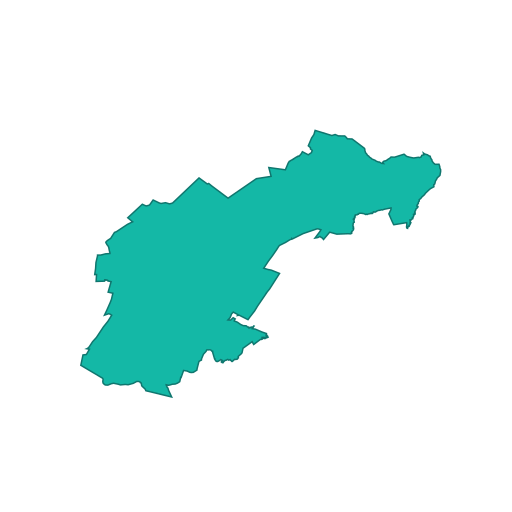 Raucesti, Neamt, Romania, rotated 156°
{"feature_id": "2599482B39967061360083", "entity_name": "Raucesti", "entity_type": "district", "adm_level": 2, "iso_a3": "ROU", "parent_name": "Romania", "parent_adm1": "Neamt", "projection": "robinson", "projection_center": [26.386, 47.259], "detail": "fine", "context": "isolated", "style": "filled", "palette": "teal", "viewbox_px": 512, "rotation_deg": 156, "n_neighbors": 0, "source": "geoboundaries", "source_scale": "gbopen_adm2", "svg_char_len": 6091}
<svg xmlns="http://www.w3.org/2000/svg" viewBox="0 0 512 512"><g transform="rotate(156 256 256)"><path d="M51.5,265.4L55.1,266.9L56.1,269.0L56.5,271.1L56.2,272.4L56.6,274.2L56.3,276.3L57.2,277.1L58.2,278.7L60.5,280.7L61.2,282.0L61.5,280.2L63.7,280.5L64.7,279.4L66.7,279.4L67.4,280.1L72.1,281.4L75.5,283.8L77.7,285.6L78.1,286.2L79.2,288.6L79.4,288.8L89.2,289.9L92.4,291.5L94.1,290.9L96.6,290.6L97.1,290.4L98.8,290.2L100.4,290.6L101.5,290.4L102.1,290.0L102.2,289.7L101.9,288.6L103.5,289.5L105.2,291.8L105.7,291.9L107.5,293.6L108.2,294.9L110.7,297.5L111.0,298.4L112.1,300.1L112.4,301.4L113.2,302.6L113.4,304.3L113.9,305.7L113.6,308.3L113.1,309.4L113.2,310.4L120.6,323.8L124.9,325.9L125.2,327.4L126.1,329.6L131.9,332.2L134.3,334.8L137.7,335.2L150.9,346.7L153.7,343.4L157.2,341.2L163.4,335.4L162.2,332.8L162.7,331.6L161.7,329.6L163.3,327.9L167.1,327.2L171.2,332.4L172.9,331.1L176.1,329.6L176.5,329.7L176.7,330.1L177.6,330.1L178.2,329.8L178.6,330.0L183.4,329.3L183.3,329.2L185.6,329.1L186.1,328.9L187.0,329.0L188.8,327.8L194.1,322.8L208.3,331.6L209.8,322.6L224.2,326.5L258.0,320.2L268.0,338.1L269.7,341.5L271.2,341.6L276.3,350.5L310.7,338.3L313.8,338.8L317.0,341.5L321.4,342.6L322.7,343.7L327.2,349.0L332.3,346.0L333.0,345.9L335.7,346.3L336.8,347.2L338.8,349.5L357.6,343.1L354.8,337.4L360.5,337.2L373.6,335.0L375.7,335.1L381.6,331.2L385.4,330.6L387.1,330.0L387.6,329.6L387.7,329.2L387.5,326.9L387.0,324.8L387.1,323.5L387.9,320.1L388.0,318.9L388.4,317.7L392.7,319.2L397.4,320.0L400.4,321.3L400.7,320.6L404.8,315.2L407.7,309.7L410.9,304.6L409.2,303.9L412.4,297.8L404.8,294.7L404.5,294.7L404.1,295.5L403.7,295.3L403.6,295.7L402.8,295.3L402.9,295.0L401.5,294.3L401.2,293.8L401.4,293.4L398.8,291.5L405.8,283.1L401.9,280.2L405.6,275.3L408.1,272.8L414.4,267.1L418.5,263.6L414.1,263.2L413.1,262.4L411.9,260.6L417.8,256.6L424.2,253.3L434.9,246.5L440.1,244.2L445.4,240.8L447.4,240.1L448.3,240.1L446.1,238.6L451.0,235.0L454.3,236.0L460.5,227.4L445.9,206.8L445.8,205.5L446.9,203.9L447.4,202.2L447.0,200.9L446.2,199.5L443.8,198.3L440.3,198.2L437.9,197.7L434.1,195.0L432.3,193.4L427.6,191.8L425.2,190.4L419.9,189.6L416.0,189.9L414.2,189.1L413.1,188.0L413.2,187.3L412.5,186.6L413.1,184.4L413.1,183.5L411.4,179.5L411.4,177.7L390.4,161.5L390.5,168.7L390.2,171.2L390.6,172.4L390.4,173.2L390.6,174.0L390.4,174.9L388.6,173.5L386.5,173.1L384.6,172.9L381.9,171.9L379.4,171.8L376.8,172.2L374.1,175.8L373.8,175.5L368.7,180.9L365.7,178.9L363.8,176.7L362.6,175.9L360.6,175.2L356.4,175.8L355.6,177.1L351.0,182.9L349.3,183.1L348.2,183.1L347.5,184.3L343.9,187.7L340.4,189.2L339.3,190.2L338.8,190.2L338.0,189.7L337.3,189.5L336.1,189.0L335.5,188.4L334.9,186.7L334.4,186.6L334.8,185.5L335.7,178.9L335.4,178.8L335.6,177.9L335.5,177.0L335.4,176.4L334.8,175.6L333.9,175.2L331.4,175.4L330.3,175.7L329.3,174.4L329.1,173.9L330.4,173.7L330.8,173.3L330.2,172.3L329.6,171.9L328.5,172.6L326.7,173.2L325.6,172.9L324.7,173.1L323.8,173.0L323.5,172.1L323.2,172.0L321.8,171.9L321.8,171.2L321.4,170.8L321.0,169.5L320.5,169.3L317.5,170.3L316.6,169.7L314.9,169.4L314.2,170.0L313.5,170.1L313.1,171.5L309.4,172.6L308.2,173.2L305.4,177.0L294.4,179.3L294.1,176.1L285.9,178.0L285.2,177.6L283.9,177.5L283.5,178.0L284.0,178.0L284.1,178.5L283.6,179.1L283.3,178.8L282.6,178.9L282.4,178.6L281.8,178.3L282.4,178.0L282.4,177.6L282.2,177.4L281.9,177.5L281.4,176.9L280.9,177.1L280.2,177.0L280.1,177.4L279.6,177.2L279.5,177.6L279.2,177.5L278.9,176.9L278.1,176.9L278.2,177.3L278.0,177.7L278.6,178.0L278.8,178.3L278.2,178.5L278.3,179.1L278.5,179.4L278.8,179.1L279.1,179.2L279.1,179.4L278.7,179.8L279.3,180.0L278.5,180.0L278.0,180.9L281.7,184.4L286.3,189.4L289.0,191.2L286.3,192.8L286.5,193.0L287.8,192.3L289.5,193.1L290.1,192.8L291.7,193.1L291.5,194.0L292.6,194.6L293.2,196.0L293.6,196.4L295.9,197.5L297.8,199.6L300.0,203.2L302.3,205.5L301.7,206.3L300.6,207.0L302.0,208.9L305.3,207.8L307.6,209.0L305.2,210.0L304.2,210.7L301.8,213.1L299.6,214.0L296.3,209.7L297.1,209.2L295.4,208.7L289.2,201.1L286.3,202.8L279.7,206.3L274.8,209.7L261.5,217.9L261.6,218.0L256.9,220.4L241.6,230.5L247.7,236.8L249.9,238.4L250.1,238.4L253.9,241.7L246.7,246.3L240.6,249.7L234.4,253.5L231.3,255.6L230.1,256.1L223.3,256.4L218.3,257.1L216.3,256.8L216.1,257.4L215.7,256.9L215.3,256.8L203.8,257.3L189.2,256.0L187.8,255.2L186.0,253.6L187.8,252.3L194.8,248.4L192.0,247.7L189.6,247.8L188.8,246.3L188.2,245.7L187.6,243.6L179.0,247.8L173.3,243.1L163.0,239.0L160.4,237.7L159.2,237.9L159.1,238.2L159.3,238.7L158.6,239.1L158.5,239.5L157.7,239.6L156.4,240.3L155.8,241.0L156.0,241.5L156.0,241.9L155.4,242.0L155.4,242.6L155.1,243.1L155.3,243.5L155.2,244.3L154.8,244.6L154.1,246.1L153.2,246.9L152.5,246.9L152.0,248.8L151.3,249.6L151.9,249.5L152.2,249.9L152.0,250.2L150.1,251.1L150.0,251.4L149.6,251.4L149.8,252.0L148.8,252.5L148.8,253.0L148.5,253.1L146.8,252.5L146.0,252.8L145.4,252.5L144.6,253.0L143.6,252.8L141.5,251.7L141.0,251.2L140.3,250.9L138.8,249.2L137.9,249.2L137.5,248.7L136.1,248.7L135.2,248.4L134.1,248.4L133.8,248.0L133.3,248.2L133.2,247.9L132.7,247.9L132.2,247.5L130.8,248.6L130.5,248.5L130.4,248.2L129.0,247.6L126.9,247.9L125.5,247.8L124.4,247.4L122.5,247.2L122.0,246.7L119.6,246.5L113.1,245.0L113.6,243.9L114.0,243.4L117.5,240.4L117.6,233.0L117.5,228.8L117.4,228.5L117.0,228.4L104.8,225.2L105.4,223.4L106.7,221.3L106.8,220.3L106.7,219.9L106.3,219.6L106.0,220.3L105.4,220.6L105.3,221.0L104.7,220.7L104.1,220.8L103.8,221.0L103.8,221.7L102.9,221.8L101.4,223.1L101.7,223.3L101.1,223.6L101.5,224.1L101.0,224.5L101.0,225.4L100.1,225.7L100.6,226.1L100.5,226.4L99.5,225.9L98.9,226.3L97.6,226.3L97.4,226.7L97.6,227.4L97.4,227.6L96.8,227.4L95.7,228.4L95.1,229.2L95.3,229.6L95.2,230.0L94.8,230.0L94.6,229.4L93.5,229.6L93.4,229.8L93.8,230.2L93.4,230.7L93.3,231.2L92.9,231.2L92.7,232.1L91.9,232.5L90.7,233.9L89.5,234.2L88.0,235.0L87.9,235.4L88.7,235.9L88.5,236.6L87.7,237.3L86.3,238.0L85.9,239.0L85.5,239.3L84.5,239.8L84.0,241.1L82.1,241.5L80.8,242.3L77.1,243.5L75.7,244.4L71.2,246.0L69.1,246.6L65.3,246.9L64.6,248.9L63.4,249.1L61.4,251.7L60.1,252.4L58.6,253.7L55.2,254.8L53.0,258.0L52.2,259.8L52.3,261.8L51.9,262.3L51.7,263.2L51.5,265.4Z" fill="#14b8a6" stroke="#0f766e" stroke-width="1.5"/></g></svg>